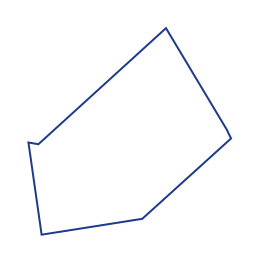 Somervell, Texas, United States of America, rotated 172°
{"feature_id": "52423323B18632711548456", "entity_name": "Somervell", "entity_type": "district", "adm_level": 2, "iso_a3": "USA", "parent_name": "United States of America", "parent_adm1": "Texas", "projection": "equal_earth", "projection_center": [-97.793, 32.203], "detail": "fine", "context": "isolated", "style": "outline", "palette": "blue", "viewbox_px": 256, "rotation_deg": 172, "n_neighbors": 0, "source": "geoboundaries", "source_scale": "gbopen_adm2", "svg_char_len": 256}
<svg xmlns="http://www.w3.org/2000/svg" viewBox="0 0 256 256"><g transform="rotate(172 128 128)"><path d="M27.4,103.3L30.5,112.8L76.5,221.6L219.0,124.4L228.6,127.5L228.4,34.4L126.5,36.1L27.4,103.3Z" fill="none" stroke="#1e3a8a" stroke-width="2"/></g></svg>